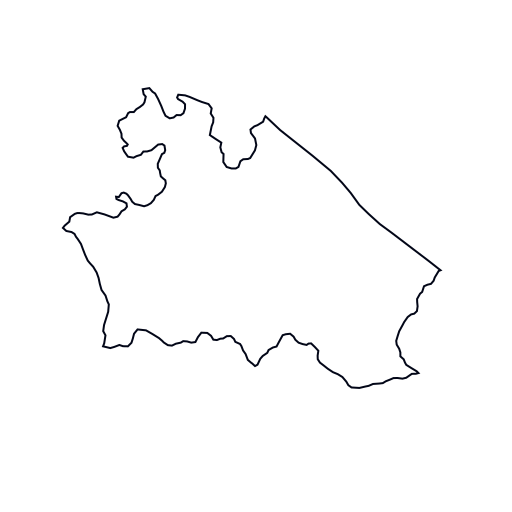 the district of Rehovot, HaMerkaz, Israel, rotated 109°
{"feature_id": "584046B25822139954764", "entity_name": "Rehovot", "entity_type": "district", "adm_level": 2, "iso_a3": "ISR", "parent_name": "Israel", "parent_adm1": "HaMerkaz", "projection": "robinson", "projection_center": [34.769, 31.885], "detail": "fine", "context": "isolated", "style": "outline", "palette": "ink", "viewbox_px": 512, "rotation_deg": 109, "n_neighbors": 0, "source": "geoboundaries", "source_scale": "gbopen_adm2", "svg_char_len": 3688}
<svg xmlns="http://www.w3.org/2000/svg" viewBox="0 0 512 512"><g transform="rotate(109 256 256)"><path d="M391.2,371.2L390.5,363.8L388.1,360.4L384.6,356.2L384.6,352.4L383.1,347.7L378.6,345.5L374.1,345.6L369.2,346.0L364.0,344.1L362.1,335.8L363.5,328.5L365.2,321.0L366.7,317.2L367.8,315.0L369.0,310.3L368.1,306.3L365.0,303.2L362.4,298.9L360.2,297.1L359.2,293.3L359.0,289.0L357.1,285.3L351.6,284.5L346.3,282.7L344.6,277.0L346.1,272.5L349.0,269.1L348.2,265.6L345.8,262.8L344.7,260.2L341.3,257.5L339.9,253.8L341.6,249.8L343.9,247.6L344.4,242.4L345.9,240.5L349.5,237.5L352.1,233.9L356.9,229.9L358.6,225.6L358.8,224.7L360.4,221.1L358.3,219.2L351.8,218.5L348.3,217.1L343.9,213.8L340.8,213.5L337.0,210.2L334.9,207.1L330.3,206.4L322.2,205.0L320.3,202.4L318.4,198.4L320.0,194.2L322.4,191.5L324.1,187.5L324.1,183.2L323.6,179.2L321.7,177.8L320.7,175.4L322.9,170.7L325.3,166.2L330.1,165.3L333.5,164.0L336.0,160.8L337.5,156.3L339.2,151.5L340.8,145.4L341.1,140.2L342.3,134.9L345.4,129.7L348.1,126.6L349.2,122.9L347.1,115.3L343.8,110.1L342.1,107.2L338.9,103.7L336.5,98.0L334.9,94.7L332.2,92.5L329.2,89.0L326.7,86.3L325.3,82.6L324.3,77.6L322.2,74.3L316.7,70.3L315.3,66.5L313.8,64.3L312.7,66.5L311.4,72.5L310.0,78.5L308.2,80.5L305.6,82.7L303.9,86.8L300.2,88.1L297.1,90.4L294.0,94.1L290.6,95.8L285.5,96.0L280.5,96.1L272.9,94.8L270.2,94.4L264.3,92.7L260.7,90.3L259.0,87.6L255.7,85.9L251.0,86.8L247.1,88.6L244.2,89.7L238.2,88.6L235.9,87.2L229.9,87.3L227.3,84.5L225.4,81.5L221.6,80.0L218.1,80.0L210.7,78.4L209.4,76.9L204.5,91.0L198.6,108.9L189.8,135.5L185.5,149.3L179.6,163.1L174.0,175.0L165.6,186.9L158.7,198.5L151.2,213.0L142.8,235.2L129.1,274.1L121.4,291.1L120.8,292.6L123.3,293.0L126.7,293.0L131.8,297.2L134.0,299.8L138.2,302.4L141.4,300.8L145.2,295.2L151.0,291.8L156.5,291.4L165.3,293.4L166.9,295.2L168.7,299.6L171.5,301.6L177.5,301.6L179.8,303.6L181.2,307.7L181.4,312.7L177.8,317.5L170.1,319.9L169.1,322.3L164.9,325.1L160.1,325.7L158.5,332.2L156.7,339.0L147.8,340.2L143.6,340.0L139.2,341.2L136.0,345.2L130.8,346.0L127.8,350.4L128.0,357.3L127.8,362.1L127.2,370.5L127.2,375.3L128.8,382.0L131.8,382.2L133.0,380.8L134.0,375.6L135.6,372.5L139.8,371.1L144.6,371.1L147.4,373.1L148.6,377.0L151.9,379.0L153.9,382.4L152.9,387.2L149.5,390.6L145.0,394.4L139.4,399.7L135.2,404.3L134.4,407.3L132.0,411.5L135.2,417.4L139.6,414.9L141.2,412.1L147.0,411.5L149.5,412.1L152.9,414.3L156.1,416.9L159.7,418.4L160.9,422.0L162.5,423.4L167.1,424.0L169.1,426.0L172.6,429.4L178.0,429.2L181.0,425.8L184.2,423.0L187.8,421.6L190.0,418.4L191.3,415.5L192.3,413.6L193.9,413.9L195.3,416.4L197.2,417.3L199.9,414.8L201.6,412.5L203.8,409.4L202.9,403.8L200.5,401.5L197.8,397.8L193.9,396.5L192.6,393.0L190.0,389.3L186.0,386.9L182.5,384.8L180.7,381.1L181.4,378.5L185.5,376.3L188.3,376.3L190.3,378.1L195.8,378.5L200.8,378.9L204.5,377.5L206.4,374.9L208.7,373.7L211.7,371.9L212.9,369.1L213.9,366.4L216.7,364.9L220.5,364.6L225.9,365.9L230.0,368.6L232.0,370.5L236.2,370.9L240.3,372.6L243.3,375.2L245.4,378.0L245.8,383.4L246.3,387.4L245.0,390.7L242.8,393.2L240.2,396.9L239.3,398.8L239.1,401.7L240.4,403.6L244.9,404.9L245.5,407.6L247.5,406.5L247.8,404.2L247.7,399.7L248.4,395.6L251.4,394.1L254.6,395.2L257.5,397.7L261.1,398.6L263.9,399.7L266.2,403.3L266.0,412.8L266.5,420.7L270.2,424.7L271.5,428.0L272.0,433.3L272.8,436.6L273.6,439.0L275.1,441.0L279.8,444.4L284.3,443.7L289.6,446.8L292.3,447.7L294.1,443.5L293.4,438.2L294.2,434.8L296.4,432.5L297.9,430.2L301.6,425.4L306.1,421.7L310.5,418.0L315.1,413.6L317.0,410.5L319.2,406.4L323.5,401.3L327.5,398.1L328.0,397.7L333.2,394.6L338.4,391.0L342.4,385.4L347.2,381.8L349.7,379.4L356.9,377.6L370.7,377.2L376.8,376.0L380.0,372.5L388.0,371.1L391.2,371.2Z" fill="none" stroke="#020617" stroke-width="2"/></g></svg>